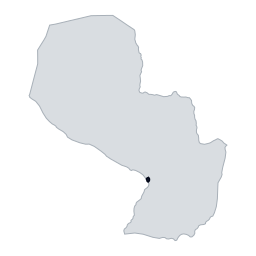 location of Asunción within Paraguay
{"feature_id": "PRY-4837", "entity_name": "Asunción", "entity_type": "Capital District", "adm_level": 1, "iso_a3": "PRY", "parent_name": "Paraguay", "parent_adm1": "", "projection": "robinson", "projection_center": [-57.605, -25.319], "detail": "fine", "context": "in_parent", "style": "filled", "palette": "ink", "viewbox_px": 256, "rotation_deg": 0, "n_neighbors": 0, "source": "natural_earth", "source_scale": "10m", "svg_char_len": 3332}
<svg xmlns="http://www.w3.org/2000/svg" viewBox="0 0 256 256"><path d="M134.8,39.3L135.4,41.3L135.7,42.8L136.4,43.9L137.2,45.3L138.0,46.1L138.6,47.5L138.4,49.0L138.7,51.0L139.1,52.7L139.5,53.2L140.6,53.6L141.2,55.2L140.8,56.0L140.9,56.9L141.3,57.7L141.0,58.6L141.2,59.3L141.9,59.8L142.6,62.0L142.7,65.7L141.9,67.7L141.3,69.3L141.1,70.3L141.6,71.7L140.8,73.4L139.9,75.5L140.1,77.0L140.3,78.3L140.4,79.8L140.6,81.1L140.3,82.5L140.0,83.8L139.8,85.3L140.2,86.9L139.5,88.4L139.1,89.5L139.0,90.6L139.7,92.3L141.5,93.0L142.9,93.2L144.2,92.3L145.2,92.0L147.1,92.8L148.8,94.3L151.0,94.4L152.9,94.7L154.4,95.2L156.6,94.6L158.8,95.2L161.5,96.0L163.7,96.7L165.8,96.5L167.5,96.4L169.2,95.6L170.8,95.7L172.1,94.3L172.8,93.0L173.4,92.1L175.2,91.4L176.4,91.8L177.4,94.2L179.2,95.5L179.9,96.5L181.3,97.0L184.1,97.1L185.9,97.0L188.0,97.7L189.3,97.7L190.4,98.9L191.5,100.5L191.7,103.3L192.7,105.4L194.0,106.3L194.7,107.6L194.5,109.5L193.8,111.4L193.9,113.5L194.6,115.4L194.6,117.2L195.0,119.1L196.0,120.8L196.3,123.4L196.1,125.3L196.7,126.3L197.0,127.9L196.6,129.1L196.4,130.9L196.5,132.4L196.9,133.6L198.3,135.3L198.7,138.2L198.7,140.1L199.3,142.5L200.5,143.6L202.3,143.9L204.5,144.3L207.1,143.7L209.5,143.1L210.8,142.5L213.4,140.8L215.6,139.8L216.8,139.1L217.9,138.7L220.1,139.8L222.2,141.1L223.8,143.0L226.9,145.1L226.3,145.6L225.0,147.3L225.1,149.3L225.9,152.1L225.1,158.2L222.7,167.4L221.7,172.8L222.1,174.4L221.2,177.1L218.0,182.8L217.8,186.7L217.4,198.5L216.3,206.7L214.4,212.8L212.8,216.1L211.3,216.5L210.2,217.4L209.5,219.0L208.3,220.3L206.6,221.3L205.6,222.4L205.5,223.7L203.8,224.5L200.6,224.8L198.7,225.8L198.1,227.4L197.0,228.7L195.4,229.6L194.7,231.2L194.8,233.4L193.8,235.3L191.9,236.9L190.2,236.9L188.6,235.4L186.4,234.4L183.7,233.9L181.5,234.3L179.7,235.5L178.1,237.5L176.7,240.2L175.1,240.6L173.4,238.8L171.2,238.3L168.6,239.0L166.6,238.8L165.0,237.6L162.6,237.4L159.4,238.4L152.9,237.3L143.1,234.2L134.8,233.0L124.7,234.1L123.8,230.9L124.3,229.1L126.0,227.8L127.0,226.4L127.4,224.7L128.6,223.4L130.4,222.6L131.2,221.7L130.9,220.8L131.3,220.0L132.4,219.3L133.0,218.2L133.2,216.7L133.6,216.0L134.3,215.5L134.3,214.4L133.9,211.3L134.0,208.7L134.5,206.7L135.1,205.5L135.6,205.2L136.0,204.4L136.1,203.2L136.8,202.1L140.0,199.7L141.3,198.5L141.4,197.3L141.9,195.8L143.8,192.4L144.4,190.8L144.4,190.0L145.1,189.2L147.5,187.4L148.7,185.6L148.9,184.0L148.4,182.1L147.0,180.0L142.9,174.8L139.6,172.4L135.5,170.4L132.8,169.8L131.5,170.5L130.1,169.9L128.8,168.2L126.5,166.8L121.7,165.2L110.9,159.1L106.5,156.2L105.0,154.3L101.0,151.1L94.3,146.4L89.2,144.1L85.6,144.2L79.9,142.8L72.0,139.9L67.5,137.1L66.2,134.4L63.3,131.7L58.7,129.0L56.3,127.2L56.1,126.4L54.8,125.3L52.2,123.9L49.4,121.5L46.3,118.2L43.0,113.0L39.5,106.0L35.7,101.3L31.7,98.8L29.7,97.2L29.7,96.4L29.1,95.7L29.7,94.3L31.1,89.0L33.1,81.3L35.2,73.3L37.7,63.9L37.7,57.2L37.6,50.1L41.2,44.3L43.8,40.2L46.0,36.3L48.2,29.6L49.7,25.1L55.5,24.1L65.3,21.8L70.2,20.6L80.6,18.2L91.1,15.7L102.1,15.5L112.8,15.4L121.1,20.9L127.4,25.2L134.3,29.8L134.8,30.9L135.3,34.8L134.8,39.3Z" fill="#d9dde1" stroke="#a8b0b8" stroke-width="1"/><path d="M148.1,182.0L147.1,181.2L147.1,180.9L146.4,179.0L146.4,178.9L146.9,178.3L147.1,178.0L147.5,177.8L148.2,177.6L148.4,177.4L149.0,178.0L149.4,178.7L149.5,179.7L149.3,180.8L148.7,181.5L148.1,182.0Z" fill="#0f172a" stroke="#020617" stroke-width="1.5"/></svg>